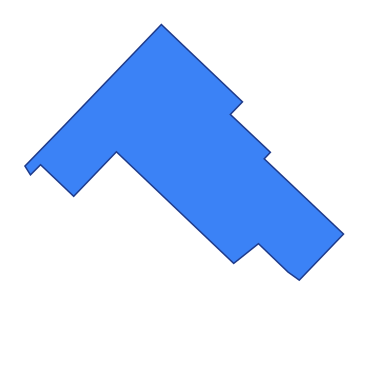 the district of Auglaize, Ohio, United States of America, rotated 44°
{"feature_id": "52423323B61073346070608", "entity_name": "Auglaize", "entity_type": "district", "adm_level": 2, "iso_a3": "USA", "parent_name": "United States of America", "parent_adm1": "Ohio", "projection": "natural_earth1", "projection_center": [-84.249, 40.52], "detail": "fine", "context": "isolated", "style": "filled", "palette": "blue", "viewbox_px": 384, "rotation_deg": 44, "n_neighbors": 0, "source": "geoboundaries", "source_scale": "gbopen_adm2", "svg_char_len": 398}
<svg xmlns="http://www.w3.org/2000/svg" viewBox="0 0 384 384"><g transform="rotate(44 192 192)"><path d="M63.9,291.9L64.1,277.6L109.9,277.3L109.7,215.6L271.6,214.4L275.7,183.0L316.7,182.9L330.4,180.9L330.2,117.0L220.9,118.0L220.8,109.0L165.7,109.6L165.7,92.1L82.1,92.7L53.6,92.8L53.8,163.3L53.8,172.1L54.0,233.5L53.8,289.4L63.9,291.9Z" fill="#3b82f6" stroke="#1e3a8a" stroke-width="1.5"/></g></svg>